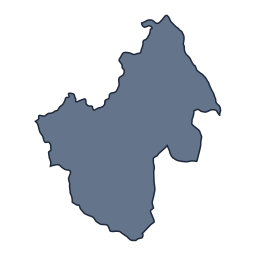 Dong Van, Hà Giang, Vietnam (Robinson projection)
{"feature_id": "81297802B35887218353447", "entity_name": "Dong Van", "entity_type": "district", "adm_level": 2, "iso_a3": "VNM", "parent_name": "Vietnam", "parent_adm1": "Hà Giang", "projection": "robinson", "projection_center": [105.266, 23.242], "detail": "fine", "context": "isolated", "style": "filled", "palette": "slate", "viewbox_px": 256, "rotation_deg": 0, "n_neighbors": 0, "source": "geoboundaries", "source_scale": "gbopen_adm2", "svg_char_len": 5739}
<svg xmlns="http://www.w3.org/2000/svg" viewBox="0 0 256 256"><path d="M202.7,74.8L201.7,73.9L200.5,73.2L199.0,72.0L197.4,70.7L196.7,69.9L196.5,69.5L195.7,67.1L195.2,66.0L194.6,65.5L194.0,65.2L192.9,63.8L192.1,62.6L190.9,60.2L190.3,58.9L189.9,58.2L188.8,56.8L186.4,54.6L185.3,52.7L184.8,51.6L184.6,50.9L184.4,49.9L184.3,48.7L184.2,47.5L184.3,46.8L184.2,46.4L184.1,45.9L183.3,44.4L183.3,44.1L184.0,39.2L184.0,37.8L183.9,36.7L183.6,35.4L183.1,34.3L182.0,32.0L181.3,31.2L179.8,30.2L178.5,28.7L177.8,28.0L176.2,27.0L175.7,26.5L173.2,24.0L171.8,22.5L170.9,21.6L170.6,21.2L169.6,18.9L169.0,17.7L168.3,16.7L167.6,15.9L167.1,15.5L166.6,15.4L166.0,15.4L165.5,15.7L164.9,16.3L164.2,17.1L163.3,18.1L163.0,18.7L161.2,20.7L160.3,21.7L159.5,22.4L158.8,22.9L158.2,23.2L157.4,23.4L156.6,23.3L155.8,23.0L155.0,22.5L154.1,21.6L153.2,20.9L152.4,20.4L151.5,20.1L150.2,19.9L149.1,20.0L147.8,20.2L146.5,20.7L144.8,21.8L143.2,22.4L142.2,22.9L141.6,23.0L141.6,23.4L141.8,24.4L142.6,25.8L143.4,26.6L144.3,27.2L145.3,27.1L147.2,26.4L148.2,25.9L149.0,25.8L150.2,26.1L151.3,26.7L151.9,27.5L152.1,28.2L151.8,28.6L150.9,29.0L150.6,29.1L150.4,29.3L150.3,29.9L150.2,31.5L149.8,33.0L149.2,34.8L148.2,36.4L147.2,38.1L146.2,39.2L145.4,39.7L144.0,40.3L143.6,40.6L143.3,41.0L143.0,41.8L143.0,43.4L142.9,44.9L142.1,47.6L141.3,49.7L140.9,51.6L140.7,52.3L140.2,52.8L139.1,53.3L137.9,53.4L136.8,53.7L135.1,54.4L133.8,54.5L132.5,54.1L131.1,53.5L129.2,52.8L126.0,52.4L123.9,52.6L123.3,52.9L122.4,53.9L120.7,56.9L119.5,58.8L119.1,60.1L119.1,60.8L121.3,63.7L122.0,64.8L122.1,65.9L122.2,67.5L122.5,68.4L123.2,68.8L123.8,69.4L124.0,70.0L124.2,70.8L124.2,72.1L123.9,73.3L123.7,74.1L123.0,75.0L122.2,75.7L120.5,76.7L119.6,77.3L119.2,77.8L118.9,78.7L118.7,80.2L119.1,84.2L119.1,85.1L118.7,86.3L118.0,87.9L117.1,89.9L116.4,91.1L115.1,92.2L114.0,92.5L113.0,92.8L111.8,92.9L111.0,93.2L110.4,93.6L110.0,93.9L109.6,94.5L109.4,95.0L109.3,95.6L109.2,97.5L108.9,98.3L108.5,98.8L106.4,99.6L105.5,100.1L105.2,100.4L105.0,100.8L104.9,101.4L104.8,103.2L104.7,104.1L104.3,105.0L103.4,106.0L102.5,106.7L101.3,107.3L98.4,108.0L95.7,109.4L95.1,109.8L94.6,110.1L93.8,110.1L93.4,109.8L93.0,109.0L92.6,107.9L92.5,107.1L92.3,106.5L92.1,106.4L91.9,106.2L91.4,106.0L90.5,106.1L89.4,106.0L88.8,105.9L88.1,105.7L87.6,105.3L87.1,104.9L86.7,104.5L86.3,104.0L86.1,103.5L85.9,101.1L85.6,99.8L85.4,99.4L84.9,98.9L84.5,98.9L83.5,99.2L79.7,100.6L77.4,101.7L76.6,101.8L76.1,101.8L75.9,101.6L75.7,101.4L75.7,100.9L75.8,99.8L75.7,99.0L75.5,98.4L75.0,97.6L74.7,96.7L74.5,95.7L74.3,94.9L74.1,94.5L73.3,94.0L72.8,93.7L71.5,93.4L70.2,93.2L69.5,93.2L69.0,93.3L68.7,93.5L68.4,94.0L68.5,94.6L69.2,96.0L69.2,96.6L68.9,96.9L68.4,97.3L67.8,97.4L66.9,97.4L66.6,97.4L66.1,97.7L65.8,98.0L65.5,98.4L64.9,100.5L63.9,102.7L62.9,104.2L61.7,105.4L60.0,106.6L59.3,107.4L58.9,108.1L58.2,109.4L57.6,110.3L56.2,110.8L55.2,111.0L54.2,111.6L52.9,112.6L52.2,112.9L51.3,113.1L48.6,113.4L47.7,113.8L46.5,114.7L45.2,115.8L44.8,116.0L44.0,116.1L43.0,116.0L40.7,115.5L39.9,115.4L39.4,115.4L39.0,115.6L38.8,115.8L38.7,118.1L38.7,118.5L38.5,118.9L38.1,119.5L37.0,120.4L35.4,121.3L37.1,123.1L37.6,123.9L38.3,125.9L38.9,128.7L40.0,132.3L42.6,136.0L43.0,137.3L43.8,140.1L44.3,141.4L45.1,142.3L45.6,142.4L48.1,142.1L49.0,142.4L49.9,143.4L50.6,144.7L50.9,148.9L50.9,149.9L50.8,150.4L50.6,150.6L49.2,151.4L48.8,151.8L48.6,152.2L48.8,154.0L49.4,158.2L49.9,159.1L50.5,161.1L50.8,162.4L50.8,163.5L50.4,166.3L51.9,165.7L56.4,164.7L58.1,164.7L59.6,165.2L61.8,167.3L63.6,168.6L64.6,169.2L65.1,169.5L66.5,169.8L68.3,170.0L69.9,170.8L70.5,171.3L70.5,171.9L70.3,173.6L69.4,175.8L68.9,177.5L68.6,178.0L68.6,179.0L68.6,179.8L69.7,183.5L69.5,186.3L70.1,190.9L70.2,193.0L71.4,195.6L72.1,198.4L72.3,201.0L72.2,201.9L72.5,202.4L72.9,202.7L76.4,204.8L77.0,205.1L78.5,205.1L79.0,205.1L79.3,205.3L80.3,208.7L84.3,213.4L86.9,214.7L89.6,215.8L92.1,216.6L93.6,217.7L94.8,219.5L96.3,221.6L99.4,223.6L101.1,224.4L105.2,224.6L107.2,225.0L107.6,225.4L108.1,226.1L109.2,228.4L109.8,230.3L110.2,230.9L110.5,231.2L111.7,231.4L113.1,231.5L116.1,231.2L119.0,231.4L119.8,231.6L120.5,232.0L121.7,233.1L126.2,236.1L127.4,236.9L128.4,238.2L129.9,239.4L131.1,240.2L132.2,240.4L132.9,240.5L134.7,240.4L135.8,240.5L137.4,239.1L138.4,238.7L141.7,237.9L142.2,237.6L142.5,237.1L142.8,236.3L142.9,235.5L143.0,234.9L142.8,234.3L142.5,233.9L142.2,233.8L142.5,233.3L145.8,229.8L150.9,224.5L154.1,222.1L154.2,221.6L153.8,219.8L152.7,217.0L150.5,211.7L150.5,211.1L150.8,210.3L153.5,208.0L153.2,206.8L152.6,205.0L152.2,202.6L152.3,201.5L152.9,199.1L153.8,195.5L154.6,191.5L154.9,189.4L154.8,188.4L154.6,186.0L154.1,182.5L154.0,180.3L153.7,171.7L154.2,168.9L154.3,167.2L154.0,165.4L153.5,163.6L153.4,162.3L153.3,158.8L153.5,158.1L153.9,157.7L154.9,156.9L156.8,156.0L157.1,155.7L158.8,153.5L166.2,146.8L167.2,145.5L169.6,151.1L170.0,153.1L171.5,156.2L173.0,157.9L174.5,158.8L175.3,159.4L176.5,160.0L177.5,160.5L179.2,160.9L181.9,161.4L184.8,161.7L187.7,161.7L191.5,160.9L194.5,161.0L196.4,161.4L196.8,161.2L197.4,159.2L199.7,150.1L200.6,146.1L200.9,140.7L201.4,138.4L201.6,137.4L201.6,136.7L199.6,131.2L198.6,129.9L193.4,125.7L191.8,124.0L191.8,123.2L192.1,119.4L193.2,116.3L193.8,113.3L194.0,110.7L195.3,110.3L197.3,109.3L197.8,109.4L198.7,109.7L200.3,110.7L201.1,111.3L202.8,111.7L204.4,112.0L205.5,112.1L206.7,111.8L208.2,111.2L210.6,110.0L211.6,109.8L213.2,109.7L214.2,109.8L214.9,109.9L215.9,110.3L216.6,110.9L217.8,112.8L218.2,113.6L219.0,114.5L219.8,115.7L219.7,114.8L219.7,113.8L219.9,112.9L220.4,111.5L220.6,110.4L220.5,109.7L220.2,107.9L219.8,106.8L219.1,105.6L217.6,104.4L216.3,102.9L215.8,101.7L215.7,99.6L215.5,98.8L214.7,97.0L214.2,95.3L213.4,93.2L211.7,90.1L210.5,87.6L209.1,84.3L208.7,82.8L207.1,80.5L206.4,79.0L205.0,77.1L202.7,74.8Z" fill="#64748b" stroke="#1e293b" stroke-width="1.5"/></svg>